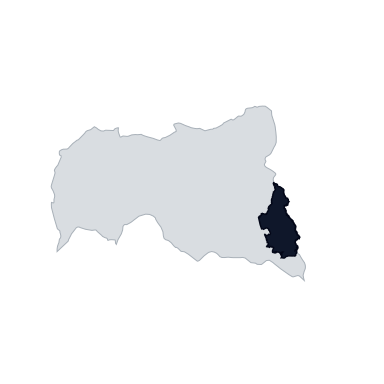 location of Djéma, Haut-Mbomou, Central African Republic, rotated 23°
{"feature_id": "33826404B9662788023259", "entity_name": "Djéma", "entity_type": "district", "adm_level": 2, "iso_a3": "CAF", "parent_name": "Central African Republic", "parent_adm1": "Haut-Mbomou", "projection": "natural_earth1", "projection_center": [25.567, 6.936], "detail": "fine", "context": "in_parent", "style": "filled", "palette": "ink", "viewbox_px": 384, "rotation_deg": 23, "n_neighbors": 0, "source": "geoboundaries", "source_scale": "gbopen_adm2", "svg_char_len": 9316}
<svg xmlns="http://www.w3.org/2000/svg" viewBox="0 0 384 384"><g transform="rotate(23 192 192)"><path d="M258.6,141.3L261.7,142.2L262.3,143.3L261.4,147.0L262.0,149.2L263.8,151.2L265.5,152.0L267.3,152.4L273.2,153.6L275.7,155.0L279.0,159.2L283.1,163.1L284.1,165.1L283.9,167.0L282.6,169.3L282.8,170.2L284.7,172.5L286.9,174.8L290.8,177.4L297.7,181.4L300.8,184.1L301.9,186.2L303.6,188.4L306.1,190.4L307.7,192.0L306.6,196.4L306.9,197.9L307.6,199.1L309.0,200.9L309.6,203.1L311.0,205.9L312.7,207.2L315.5,207.7L317.0,209.0L320.1,211.2L323.1,213.1L324.4,214.5L325.2,215.7L325.8,217.0L326.2,218.4L326.3,221.4L326.8,225.2L328.4,227.7L329.9,229.6L323.8,227.4L322.8,227.4L321.8,227.7L318.6,230.4L317.5,230.8L313.5,230.2L303.7,228.1L296.2,226.0L294.0,225.3L289.9,224.6L287.3,226.0L284.8,230.7L284.1,231.7L280.2,233.1L278.3,232.7L273.8,234.0L266.8,232.0L264.3,232.4L262.4,233.4L257.3,235.6L254.3,236.8L250.7,237.9L247.4,239.7L245.1,240.6L242.9,240.6L240.9,239.6L238.7,238.8L236.1,238.6L233.4,239.1L231.0,241.0L230.1,242.4L228.1,246.0L225.7,251.8L224.8,253.0L223.9,253.6L213.0,250.7L208.3,250.0L205.1,250.9L201.1,249.3L199.4,249.0L198.6,249.5L196.3,248.7L192.7,246.8L189.3,245.9L186.2,246.2L184.3,245.5L182.8,243.6L180.8,240.0L177.2,236.5L172.5,233.7L169.5,231.5L168.3,230.1L165.8,229.3L161.8,229.2L158.0,230.5L152.6,235.0L147.5,244.0L144.7,247.5L142.5,248.4L141.9,250.6L143.0,254.1L143.3,258.1L142.5,264.8L142.8,269.8L141.6,269.0L140.4,266.7L139.9,266.2L136.6,267.3L134.8,268.2L133.9,269.1L133.2,269.3L132.2,268.0L131.3,267.8L130.0,268.0L128.7,268.0L127.8,267.8L127.2,267.9L125.7,267.2L120.0,265.3L119.0,264.6L117.8,264.7L114.9,266.4L113.3,266.8L108.6,267.9L103.5,268.4L101.6,268.4L100.2,269.1L99.4,270.2L97.8,276.4L97.4,277.5L97.4,279.1L97.0,284.1L97.2,285.7L91.1,299.6L90.1,297.2L89.4,294.5L89.2,291.4L89.3,290.6L89.0,289.7L88.4,287.2L88.9,285.5L88.5,283.8L87.4,282.1L86.3,280.9L85.7,279.7L85.2,279.2L84.0,279.0L82.4,278.4L75.7,270.3L68.7,261.2L67.3,258.2L66.7,256.5L68.4,256.3L68.9,256.0L68.9,255.2L67.9,252.9L67.4,249.9L66.5,248.1L63.8,245.3L61.1,243.2L60.3,242.1L59.9,240.5L58.9,230.7L58.5,227.9L57.6,226.7L57.0,226.1L56.8,225.4L56.9,223.6L57.3,222.1L57.3,221.5L58.0,220.1L58.0,211.0L57.2,209.7L55.6,209.7L54.8,208.4L54.1,206.7L54.3,205.5L55.8,203.7L56.8,202.9L59.8,201.5L60.7,200.8L61.2,199.9L61.6,198.6L63.3,194.0L65.9,189.3L67.0,188.3L69.7,181.4L70.3,179.7L70.7,177.9L71.6,176.5L74.4,174.2L76.6,170.1L78.9,170.3L81.3,171.0L84.3,171.3L86.7,170.5L88.3,168.9L95.7,166.1L96.3,164.0L97.4,162.8L98.8,161.8L99.3,161.7L99.4,162.4L100.2,164.7L101.9,166.9L104.3,169.4L105.0,169.3L106.6,167.4L110.4,166.2L111.4,165.7L114.2,163.0L117.5,161.2L119.4,160.6L122.7,158.8L125.1,159.0L128.9,158.7L135.3,157.8L139.8,157.6L142.2,157.2L142.7,156.8L143.6,154.2L144.3,153.5L146.1,152.3L149.5,148.4L151.7,145.0L152.4,143.8L152.8,143.6L153.8,142.2L152.8,140.7L149.1,137.7L149.1,137.3L148.9,136.8L149.1,136.4L150.6,135.2L152.5,133.8L154.6,133.3L160.0,133.4L164.6,133.1L165.7,133.2L169.3,132.5L171.8,131.8L174.3,130.4L180.0,130.6L184.8,126.9L186.2,126.3L186.8,125.7L186.9,125.1L189.2,123.7L191.7,120.7L193.7,118.0L194.2,116.1L199.6,109.7L201.5,109.8L202.4,109.0L204.6,104.7L205.2,103.9L207.5,103.1L208.5,101.9L209.4,100.0L209.5,97.6L209.1,95.8L209.1,94.8L209.6,94.0L210.4,93.2L214.5,90.9L215.6,89.7L216.2,88.7L217.4,88.5L218.6,88.6L219.4,88.0L220.3,87.0L223.1,85.5L225.8,84.4L228.5,84.9L233.5,86.3L235.0,89.4L235.7,90.5L241.9,97.7L243.1,99.5L246.1,104.7L248.0,108.3L250.1,113.4L250.3,116.2L250.0,118.5L249.6,125.3L249.0,127.2L246.3,130.9L246.2,132.5L246.8,133.9L247.6,134.4L248.1,135.1L247.8,138.2L248.7,139.5L250.8,140.3L255.9,140.8L258.6,141.3Z" fill="#d9dde1" stroke="#a8b0b8" stroke-width="1"/><path d="M312.1,207.0L311.8,206.8L311.9,206.5L311.8,206.3L311.5,206.1L311.5,205.3L311.3,205.2L311.1,204.8L310.3,205.1L310.1,205.3L309.7,205.9L309.5,205.5L309.8,204.7L310.6,204.2L310.8,203.9L311.1,203.8L311.4,202.9L311.3,202.1L311.2,201.8L310.7,202.3L310.0,202.3L310.0,202.1L310.4,200.8L310.3,200.5L309.9,200.4L309.7,200.3L309.3,200.1L309.1,200.2L308.5,200.0L308.2,199.8L308.1,199.7L308.0,199.3L307.9,199.1L307.2,198.7L307.0,198.4L306.8,198.5L306.6,198.2L306.4,198.1L306.5,197.2L306.5,196.4L306.2,196.2L306.2,195.7L306.4,195.6L306.7,195.6L307.0,195.3L306.8,195.2L307.1,194.9L307.1,194.6L307.2,194.3L307.6,194.2L307.5,193.4L308.1,193.3L308.2,192.9L308.1,192.7L308.6,192.4L308.8,192.5L308.7,192.2L308.9,191.8L308.9,191.5L308.5,191.3L308.3,191.3L308.2,190.9L307.6,190.8L307.4,190.8L307.3,190.7L307.1,190.2L306.7,190.1L305.7,190.5L305.5,190.2L305.3,189.7L305.3,189.4L305.0,189.2L304.9,189.3L304.6,189.3L304.0,189.0L303.8,188.7L304.0,188.5L303.7,188.5L303.7,188.4L303.8,187.9L303.8,187.6L303.4,187.5L303.3,187.4L303.1,187.3L302.7,187.5L302.5,187.4L302.4,187.5L302.1,187.1L301.9,187.0L301.7,186.7L301.7,186.1L301.7,185.8L301.8,185.6L301.7,185.4L301.3,185.4L301.2,184.9L300.9,184.8L300.9,184.5L301.2,184.4L301.3,184.1L301.0,183.8L301.1,183.4L300.9,182.9L300.5,182.6L300.0,182.7L299.9,182.6L299.8,182.3L299.8,182.1L299.5,181.9L298.7,182.0L298.6,181.9L298.6,181.5L298.1,181.5L298.0,181.4L297.9,181.1L298.1,181.0L298.1,180.9L297.9,180.7L297.2,180.3L296.7,180.3L296.5,180.1L296.1,180.1L296.5,179.5L296.4,179.2L296.2,179.1L295.5,179.2L295.3,179.0L294.9,179.0L294.8,178.9L294.9,178.6L294.5,178.5L294.1,178.7L293.7,178.2L293.4,178.2L292.8,178.1L292.7,177.9L292.5,177.7L292.3,177.7L291.9,177.5L291.5,177.6L291.4,177.1L291.2,177.0L290.9,177.2L290.9,176.7L290.6,176.6L290.4,176.7L290.2,176.1L289.8,176.2L289.7,176.1L289.5,176.4L289.3,176.2L289.1,176.3L288.9,176.3L288.9,176.1L288.7,175.9L288.5,176.0L288.6,175.6L288.3,175.4L288.1,175.5L288.1,175.3L287.5,174.6L287.4,174.6L287.2,174.7L287.1,174.8L287.0,174.6L286.6,174.4L286.2,173.8L286.2,173.2L286.0,172.5L285.6,172.3L285.3,172.5L285.3,172.1L285.0,171.7L284.9,171.4L284.6,171.3L284.5,171.1L283.9,171.2L283.5,170.8L283.3,171.0L283.0,170.8L283.0,170.2L282.8,169.9L282.9,169.7L282.7,169.2L282.5,168.8L282.4,168.6L282.6,168.6L282.8,168.2L283.1,168.2L283.3,167.7L283.7,167.8L283.7,167.4L283.8,167.3L284.2,167.5L284.4,167.1L284.7,167.1L284.9,166.9L285.0,166.8L284.7,166.5L285.1,166.5L285.2,166.3L285.1,166.1L284.9,166.0L284.8,165.6L284.6,165.5L284.8,165.3L284.7,164.8L284.9,164.5L284.9,164.1L284.8,163.5L284.9,163.1L284.5,163.2L284.3,162.9L284.3,162.7L284.1,162.6L284.0,162.1L283.6,161.6L283.5,161.3L283.2,161.3L282.5,160.5L282.2,160.5L281.5,160.6L281.4,160.7L281.2,160.7L280.9,160.8L280.6,160.9L280.3,160.3L279.8,159.7L278.1,158.8L277.9,158.4L277.5,157.8L276.9,157.6L276.7,157.3L276.6,156.8L276.3,156.0L276.0,155.3L276.0,154.8L275.7,154.1L275.2,154.0L274.6,153.5L274.3,153.7L273.8,153.7L273.5,153.6L273.4,153.4L273.2,153.2L272.8,153.1L272.1,153.2L271.6,152.9L270.9,152.9L269.8,153.1L269.4,153.3L269.0,153.3L268.8,153.1L268.4,152.9L268.2,152.7L267.8,152.6L267.7,152.4L267.6,151.7L267.0,151.7L266.0,151.6L265.5,151.9L265.3,152.2L265.1,152.2L264.5,151.7L263.5,151.6L263.6,152.5L265.2,154.2L265.8,154.3L266.4,154.6L266.4,155.6L266.5,155.9L266.9,156.0L267.3,156.6L267.6,156.7L267.8,157.1L267.7,158.4L267.4,159.7L267.0,160.2L267.3,160.8L267.4,162.5L267.9,163.8L267.8,164.8L268.3,166.1L268.1,167.0L268.2,167.9L268.4,168.6L268.8,168.8L269.1,170.2L269.5,170.5L269.4,170.7L269.6,171.0L270.0,171.2L270.2,171.5L269.6,173.0L269.3,173.2L269.3,173.8L269.1,173.8L268.9,174.5L268.7,174.7L268.5,175.3L268.4,175.8L268.6,176.6L268.5,176.8L268.5,177.2L268.6,177.3L268.9,177.2L269.1,177.2L269.2,177.4L269.0,177.8L269.2,178.0L269.4,178.2L269.5,178.5L269.3,179.2L269.4,180.1L269.1,181.1L269.3,182.0L269.4,182.6L269.1,183.3L268.6,183.1L268.2,184.0L267.6,184.1L267.3,184.1L266.9,184.0L266.6,184.0L266.3,184.1L265.9,184.4L265.6,184.4L265.2,184.2L265.0,184.3L265.0,184.6L264.9,184.9L264.4,185.0L264.6,185.7L264.9,186.1L264.9,186.3L264.6,186.4L264.5,186.6L264.6,187.0L264.5,187.4L264.2,187.6L263.7,187.7L263.6,187.9L263.9,188.2L263.9,188.4L264.1,188.6L264.2,188.9L264.1,189.0L263.9,189.0L263.4,188.9L263.2,189.0L263.2,189.4L267.6,195.5L270.4,198.6L270.6,198.3L271.0,198.2L272.4,198.4L274.3,196.0L275.3,195.9L276.7,195.9L277.5,197.0L278.3,197.2L279.7,198.7L280.2,199.0L280.5,199.9L280.4,200.8L280.1,200.9L279.1,201.0L278.9,202.2L278.0,202.5L277.5,203.1L277.1,203.0L275.7,202.5L275.6,202.9L278.7,205.9L279.1,206.7L279.5,206.5L279.9,206.6L280.0,207.0L279.9,207.6L280.7,208.2L280.8,208.8L281.0,209.2L282.1,209.0L282.9,210.5L282.2,211.5L282.1,213.1L282.4,213.1L282.8,213.0L282.9,212.7L283.1,212.3L283.3,212.4L283.7,212.5L284.1,212.4L284.7,212.8L284.8,212.8L285.0,212.6L285.0,212.4L284.9,212.3L284.7,212.2L284.6,211.9L284.9,211.9L285.1,211.8L285.2,211.5L286.0,211.4L286.4,211.6L286.6,211.5L286.7,211.1L287.1,211.0L287.3,211.1L287.4,211.3L287.8,211.1L288.3,211.3L288.8,211.3L289.0,211.6L289.0,212.6L289.1,214.8L289.7,215.9L289.9,216.0L290.6,215.5L291.1,215.4L291.4,215.9L291.7,215.8L292.0,215.5L291.9,214.6L292.7,214.1L293.1,214.8L293.5,213.9L294.5,213.8L295.4,213.4L296.0,213.5L296.5,213.8L297.0,213.6L297.8,214.5L297.8,212.8L298.6,211.8L299.2,211.7L298.5,213.0L299.0,214.0L299.1,214.9L299.7,216.0L299.8,217.6L300.2,217.3L300.5,217.4L301.0,217.1L301.5,217.2L302.2,216.9L302.5,216.6L303.0,216.5L303.6,215.0L303.6,214.7L304.5,214.2L305.4,213.3L306.0,213.0L306.5,212.7L307.1,212.6L307.6,212.3L308.2,212.1L308.9,211.8L309.5,211.6L311.1,210.8L311.7,210.8L312.2,209.8L312.0,209.3L311.8,208.7L312.1,207.0Z" fill="#0f172a" stroke="#020617" stroke-width="1.5"/></g></svg>